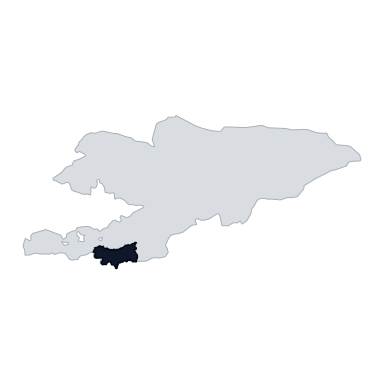 location of Chong-Alay, Osh, Kyrgyzstan
{"feature_id": "92254566B65536554507768", "entity_name": "Chong-Alay", "entity_type": "district", "adm_level": 2, "iso_a3": "KGZ", "parent_name": "Kyrgyzstan", "parent_adm1": "Osh", "projection": "robinson", "projection_center": [72.267, 39.516], "detail": "fine", "context": "in_parent", "style": "filled", "palette": "ink", "viewbox_px": 384, "rotation_deg": 0, "n_neighbors": 0, "source": "geoboundaries", "source_scale": "gbopen_adm2", "svg_char_len": 8592}
<svg xmlns="http://www.w3.org/2000/svg" viewBox="0 0 384 384"><path d="M76.6,228.2L77.7,227.6L80.9,227.0L87.4,226.4L89.6,226.8L94.0,229.3L97.4,229.0L98.0,229.4L99.3,231.5L104.0,228.4L107.5,227.5L109.2,224.4L112.9,220.7L116.0,220.1L116.1,220.7L116.7,221.2L119.9,222.1L120.8,221.1L121.4,219.8L120.2,217.7L120.2,216.8L121.2,215.5L126.3,217.5L127.5,217.4L129.8,216.3L131.9,214.3L132.7,212.8L143.1,207.7L143.8,206.7L143.7,206.1L139.3,204.9L137.3,205.5L135.5,205.5L134.4,204.8L129.1,204.5L127.9,204.0L124.4,200.3L120.0,198.0L117.9,198.1L115.4,199.1L114.6,198.7L114.4,195.2L113.9,193.1L112.4,192.6L110.5,193.4L105.1,192.3L104.5,187.9L102.5,184.1L99.7,182.6L99.6,180.3L98.6,179.3L97.8,179.6L96.7,180.7L97.2,183.3L96.8,185.8L96.2,187.1L94.9,188.1L93.5,188.1L91.1,186.8L90.7,194.5L90.2,195.0L87.3,193.9L85.0,194.4L81.5,193.9L78.9,192.6L73.9,191.2L71.5,189.8L70.0,184.6L68.7,182.7L67.3,182.3L62.0,184.1L56.4,181.0L53.7,180.3L53.0,179.4L53.1,178.2L61.6,172.4L64.9,168.4L67.0,166.8L72.3,165.0L73.5,161.3L74.0,160.9L79.3,159.2L85.3,156.0L85.5,155.1L84.9,154.3L79.5,151.4L76.8,152.7L75.1,151.1L75.1,149.3L77.0,146.3L78.5,144.8L79.1,142.0L81.3,140.1L83.6,137.0L86.3,134.5L91.3,132.7L94.1,133.3L96.8,132.8L100.9,131.3L103.4,131.2L113.9,133.5L117.3,133.6L125.5,136.6L131.9,138.1L135.0,141.0L145.2,142.3L148.0,143.2L149.1,144.5L152.0,146.3L154.5,146.7L152.3,139.8L153.1,135.7L156.3,124.4L158.0,122.7L166.3,119.6L168.2,117.2L174.1,117.2L175.4,116.8L176.0,115.5L194.6,125.4L201.7,128.1L211.4,130.7L219.6,131.5L221.0,130.9L224.2,127.1L225.8,126.9L246.1,127.6L260.6,125.5L262.7,125.6L268.2,127.8L285.5,128.5L292.2,129.9L302.9,129.4L307.5,129.6L315.7,132.4L318.6,133.0L323.9,133.4L325.9,133.0L327.1,133.6L328.4,137.1L333.5,141.5L335.4,143.9L337.4,144.9L346.9,145.6L350.6,146.6L359.7,154.9L361.0,159.8L360.1,160.9L350.7,161.5L348.6,162.2L346.5,165.9L334.0,170.3L332.2,170.2L315.6,178.6L304.1,185.7L303.7,189.1L297.1,196.8L291.9,197.7L287.6,197.5L280.5,199.9L271.3,199.1L268.2,199.2L262.1,198.2L259.7,198.7L257.2,200.3L253.8,206.5L252.3,207.9L251.7,209.3L251.2,212.3L249.9,215.5L247.0,220.3L244.5,222.5L242.1,224.0L240.2,221.0L237.1,223.0L234.2,222.6L232.4,223.2L228.3,225.8L222.3,225.7L221.7,224.8L220.4,217.8L219.3,214.4L218.4,213.7L217.3,213.6L208.8,219.1L204.8,220.1L201.5,220.3L197.2,218.6L196.3,219.1L195.5,220.0L195.2,221.1L196.5,224.2L196.2,224.8L194.2,224.8L191.5,225.5L183.3,232.0L178.1,233.7L173.3,234.4L170.4,235.6L168.8,238.0L165.6,244.7L165.7,246.2L167.1,248.0L168.1,252.1L167.9,253.1L165.3,256.5L162.0,257.5L159.4,258.0L154.4,257.6L151.8,258.3L147.1,260.9L143.2,261.3L135.8,261.4L128.6,260.4L126.3,260.8L119.9,262.3L117.7,264.7L116.5,266.9L115.9,267.2L113.4,265.2L110.1,261.7L108.5,261.7L102.8,264.6L101.9,264.5L100.3,263.4L100.5,259.0L98.6,258.1L94.7,257.9L93.4,256.9L93.8,254.1L93.4,253.0L92.4,252.2L90.3,252.4L86.3,254.8L81.5,255.6L79.8,256.4L77.9,259.4L71.6,260.1L69.5,259.4L65.7,253.7L62.4,252.8L59.0,253.0L54.4,254.5L53.3,253.3L52.1,252.9L51.1,253.9L45.5,254.1L39.8,254.0L36.5,253.3L34.4,253.3L30.2,254.9L25.1,255.2L24.6,249.8L23.0,246.2L24.6,240.3L25.5,238.4L29.4,240.6L30.8,240.2L31.1,239.1L30.6,236.4L32.5,233.5L46.0,229.6L60.9,235.3L62.9,239.1L64.2,238.9L66.3,237.2L66.9,234.0L69.8,232.3L76.3,230.1L76.6,228.2ZM84.3,241.2L84.5,240.7L83.4,237.9L85.0,235.4L81.9,234.9L80.4,234.2L78.7,231.6L78.1,231.5L77.2,232.2L76.7,233.9L77.1,235.7L79.3,237.5L78.2,241.1L82.7,241.6L84.3,241.2ZM68.6,243.8L68.5,243.0L67.5,242.6L61.9,241.6L62.1,242.4L64.2,245.1L65.9,245.2L68.6,243.8ZM102.0,239.1L102.3,237.4L99.0,238.4L98.6,239.2L99.7,240.3L101.2,240.7L102.0,239.1Z" fill="#d9dde1" stroke="#a8b0b8" stroke-width="1"/><path d="M94.5,249.2L94.5,249.3L94.4,249.5L94.3,249.8L94.1,249.9L94.0,250.1L94.0,250.5L94.1,250.8L93.9,251.0L93.7,251.3L93.4,251.5L93.3,251.8L93.8,251.9L94.0,252.2L94.1,252.3L94.3,252.4L94.5,252.3L94.8,252.5L95.0,252.7L95.0,252.8L95.2,253.0L95.3,253.2L95.2,253.4L95.2,253.9L95.1,254.4L94.8,254.9L94.6,255.4L94.7,255.9L94.9,257.1L95.2,257.6L95.3,257.7L95.8,257.7L96.0,257.8L96.2,258.1L96.3,258.1L96.5,257.9L96.7,257.6L97.1,257.5L97.3,258.0L99.7,257.8L100.4,257.8L101.0,257.7L101.4,257.7L102.2,258.2L102.5,258.8L102.7,259.8L102.6,260.6L102.5,260.8L101.8,261.2L101.3,261.8L101.1,262.8L101.4,263.3L102.0,264.2L102.3,264.5L102.6,264.7L103.1,264.6L103.7,264.4L104.0,264.3L105.0,264.4L105.7,264.6L106.0,264.5L106.3,264.4L106.7,263.6L107.1,263.0L107.5,262.5L107.9,262.4L108.6,261.9L109.2,261.8L109.9,261.2L110.1,261.2L110.4,261.4L110.6,261.7L110.8,262.8L111.1,263.2L111.1,263.3L111.3,263.7L111.2,263.8L111.4,264.2L111.5,264.3L111.5,264.5L111.8,264.7L112.1,264.9L112.4,264.8L113.0,264.8L113.1,264.7L113.5,264.7L113.6,264.8L113.8,264.9L114.2,264.8L114.4,265.1L114.4,265.3L114.4,265.5L114.4,265.8L114.5,265.9L114.8,265.8L115.0,265.9L115.4,266.2L115.2,266.5L115.4,266.9L115.5,267.3L115.5,267.8L115.5,268.0L115.8,268.3L116.1,268.5L116.4,268.5L116.9,268.0L117.2,267.9L117.0,267.5L117.0,266.9L117.2,266.7L117.4,266.5L117.5,266.0L117.5,265.8L117.7,265.5L117.7,265.4L117.7,265.2L117.9,265.0L118.1,264.6L118.2,264.3L118.1,264.1L118.3,263.8L118.4,263.7L118.6,263.3L119.0,263.0L119.1,262.9L119.2,262.6L119.4,262.5L119.6,262.4L119.9,262.5L120.2,262.4L120.6,262.6L120.7,262.4L120.9,262.4L121.2,262.1L121.7,262.0L121.9,262.1L122.0,262.0L122.4,261.9L122.9,261.9L123.1,261.8L123.2,261.5L123.3,261.5L123.3,261.4L123.5,261.3L123.5,261.2L123.6,260.8L124.1,260.6L124.3,260.8L124.7,260.7L125.0,260.6L125.7,260.6L125.8,260.7L125.8,260.9L126.0,261.1L126.0,261.3L126.2,261.5L126.4,261.7L126.7,261.4L127.0,261.4L127.2,261.2L127.4,261.2L127.5,260.6L127.8,260.3L127.8,260.2L128.0,260.1L128.0,259.9L128.2,260.0L128.4,260.1L128.5,260.2L128.8,260.1L129.0,260.2L129.6,260.3L130.2,260.1L130.4,260.1L130.6,260.4L131.0,260.5L131.3,260.6L131.4,260.8L131.8,260.8L132.1,260.9L132.6,261.2L133.1,261.3L133.1,261.7L133.1,261.9L133.3,261.9L133.5,261.7L133.8,261.6L134.0,261.5L134.1,261.4L134.3,261.2L134.5,261.3L134.9,261.6L135.1,261.7L135.4,261.7L135.7,261.9L135.9,261.9L136.0,261.9L136.3,261.6L136.4,261.4L136.3,261.2L136.4,260.8L137.0,258.5L137.2,258.2L137.1,257.9L137.4,257.8L137.3,257.0L137.4,256.5L137.4,255.7L137.2,254.9L136.9,254.5L136.2,253.9L135.6,252.7L135.6,252.3L135.1,251.7L134.0,250.2L134.0,249.8L135.6,249.5L136.1,249.0L136.3,248.5L136.2,248.1L136.0,247.6L135.9,247.4L135.6,247.2L135.2,247.0L134.8,246.9L134.6,246.6L134.4,246.3L135.2,244.6L135.5,244.2L135.7,243.5L136.0,243.1L136.3,242.8L136.2,242.7L135.8,242.5L135.7,242.5L135.3,243.0L135.1,243.0L134.8,243.0L134.7,242.8L134.1,243.5L133.1,243.6L132.8,243.8L132.5,243.7L132.3,243.9L132.3,244.0L131.8,244.2L132.0,244.3L132.1,244.6L132.0,244.8L131.9,244.9L131.5,244.9L131.3,245.0L131.0,245.0L130.2,245.4L130.0,245.6L129.9,245.6L129.7,245.4L129.3,245.2L129.1,245.2L128.9,245.1L128.2,244.7L127.9,244.8L127.9,245.0L127.7,245.0L127.4,245.3L127.3,245.5L127.1,245.6L126.7,245.6L126.2,245.3L125.6,245.3L125.3,245.3L125.2,245.4L125.1,245.8L124.9,246.2L124.7,246.1L124.3,246.6L124.2,246.6L124.1,246.8L123.8,247.2L123.5,247.1L123.3,247.2L123.3,247.4L122.9,247.6L122.9,247.8L122.6,248.0L122.3,247.9L122.2,247.8L121.9,248.0L121.7,248.1L121.5,248.3L121.1,248.4L120.9,248.1L120.7,248.2L120.6,248.3L120.4,248.5L120.0,248.5L119.9,248.6L119.8,248.8L119.9,249.0L119.7,249.1L119.3,249.5L119.0,249.3L118.8,249.4L118.7,249.3L118.3,249.5L118.1,249.4L118.0,249.6L117.7,249.6L117.6,249.8L117.6,250.0L117.3,250.1L116.7,250.2L116.3,249.9L116.2,249.7L116.1,249.8L116.0,250.0L115.7,250.0L115.6,249.9L115.3,249.8L115.2,249.8L114.9,249.8L114.9,249.6L114.5,249.4L114.3,249.5L114.2,249.4L114.1,249.5L113.8,249.4L113.5,249.6L113.2,249.7L112.9,249.6L112.7,249.7L112.7,249.8L112.5,250.0L112.2,250.2L111.7,250.6L111.4,250.3L111.4,250.1L111.4,249.8L111.1,249.6L110.8,249.8L110.6,249.7L110.4,249.8L110.5,250.1L110.2,250.1L109.7,249.8L108.8,249.5L109.0,249.3L109.0,249.2L108.8,249.1L108.7,249.1L108.1,248.9L107.8,249.0L107.6,249.0L107.6,248.8L107.4,248.7L107.2,248.7L107.3,248.4L107.1,248.2L107.0,248.4L106.9,248.3L106.7,248.5L106.3,248.6L105.9,248.4L105.6,248.7L105.1,248.8L104.9,248.7L104.6,248.4L104.0,248.0L103.7,248.0L103.6,247.9L103.3,247.7L103.1,247.3L103.4,247.2L103.5,247.0L103.4,246.9L103.1,246.7L103.0,246.4L102.7,246.5L102.4,246.7L102.2,246.5L101.6,246.7L101.2,246.6L100.8,246.6L100.7,246.5L100.3,246.5L100.3,246.3L100.1,246.3L100.0,246.2L99.7,246.2L99.6,245.9L99.4,245.9L99.3,246.0L99.2,246.1L98.8,246.3L98.7,246.5L98.6,246.8L98.4,246.8L98.2,246.9L98.3,247.0L98.2,247.3L97.8,247.4L97.6,247.2L97.4,247.5L97.0,247.4L96.8,247.4L96.4,247.7L96.0,247.5L95.7,247.8L95.4,247.9L95.1,247.9L95.3,248.2L95.2,248.4L95.2,248.5L95.0,248.8L94.8,249.1L94.5,249.2Z" fill="#0f172a" stroke="#020617" stroke-width="1.5"/></svg>